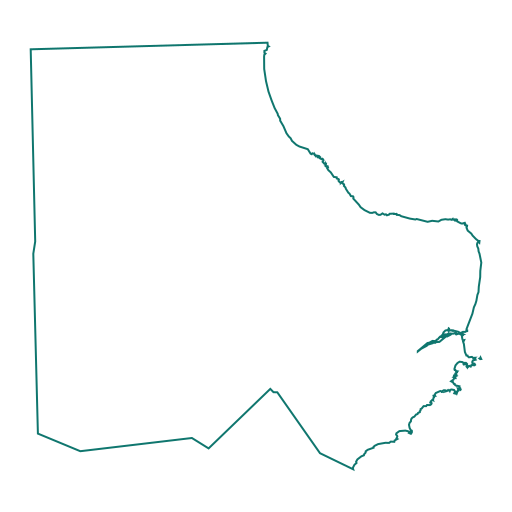 the district of Deseado, Santa Cruz, Argentina
{"feature_id": "61730980B75519794586759", "entity_name": "Deseado", "entity_type": "district", "adm_level": 2, "iso_a3": "ARG", "parent_name": "Argentina", "parent_adm1": "Santa Cruz", "projection": "albers", "projection_center": [-66.461, -47.291], "detail": "fine", "context": "isolated", "style": "outline", "palette": "teal", "viewbox_px": 512, "rotation_deg": 0, "n_neighbors": 0, "source": "geoboundaries", "source_scale": "gbopen_adm2", "svg_char_len": 6100}
<svg xmlns="http://www.w3.org/2000/svg" viewBox="0 0 512 512"><path d="M30.7,49.3L35.2,241.5L33.3,253.7L37.9,433.6L80.3,451.2L191.9,438.0L208.6,448.4L270.3,388.9L273.5,392.2L277.3,392.3L320.0,453.2L353.2,469.3L352.8,467.9L354.5,464.7L356.5,463.0L356.1,461.7L357.4,459.4L361.4,456.3L363.9,455.3L364.1,454.3L365.6,452.6L365.7,451.3L367.7,449.8L373.6,447.7L373.5,446.9L374.7,445.8L378.1,444.1L385.4,442.8L389.1,442.9L390.8,441.6L394.3,441.8L394.6,440.5L397.3,439.0L396.4,438.5L397.3,436.7L397.2,435.9L396.1,434.6L396.4,433.3L399.4,431.1L405.3,430.6L408.0,431.2L409.2,432.6L410.2,431.5L410.6,432.1L411.2,431.8L410.9,433.3L410.2,433.5L410.9,433.8L411.8,432.5L411.9,431.5L411.6,431.0L410.9,431.3L411.5,430.5L410.7,430.1L409.6,427.9L409.0,424.8L409.6,422.8L410.9,421.4L411.0,420.0L411.5,418.6L412.7,417.4L414.3,416.7L416.1,414.5L417.5,414.1L418.1,412.9L419.8,412.2L419.8,411.2L420.5,410.5L420.6,409.1L421.7,408.5L423.6,406.1L426.2,406.1L427.0,405.0L429.9,405.1L431.2,404.3L431.6,403.4L431.4,402.7L430.4,402.5L430.8,401.8L430.7,401.4L432.5,399.9L432.9,400.1L432.7,399.6L433.2,399.4L433.6,397.5L434.0,397.3L433.6,395.9L435.2,395.9L434.6,394.8L435.8,393.0L440.3,391.0L442.0,391.6L441.9,392.4L442.0,392.7L442.1,391.8L442.7,391.7L442.6,390.9L443.9,390.2L445.7,390.4L446.0,390.9L445.6,391.4L447.0,391.0L448.1,390.0L448.6,390.5L449.4,390.3L449.8,391.0L450.3,389.8L451.6,389.5L454.1,390.0L455.1,391.8L454.8,392.3L454.0,392.0L454.7,392.6L454.3,393.3L455.4,393.6L455.3,392.9L455.7,392.8L455.2,392.4L455.5,391.6L456.6,392.1L457.1,391.6L457.2,392.2L457.6,391.1L459.0,390.4L458.0,390.4L458.3,390.0L458.0,389.0L459.4,390.1L458.9,389.5L459.3,388.6L459.7,389.6L460.3,390.0L460.6,389.7L459.3,388.3L460.0,388.0L459.3,387.3L459.5,386.3L455.5,385.4L454.7,384.5L454.7,384.0L453.8,383.8L452.5,381.2L452.0,381.8L451.1,381.3L453.5,379.6L454.2,378.1L455.5,378.1L455.3,377.4L454.4,377.2L454.8,377.0L454.7,376.6L453.8,376.2L454.1,375.3L454.7,375.1L454.8,375.7L455.8,375.5L456.1,376.0L456.5,375.8L456.2,375.6L456.4,374.9L455.3,374.3L455.3,373.6L456.2,373.3L456.2,372.6L457.0,372.3L456.9,371.8L457.4,371.3L455.9,371.0L455.4,370.0L454.7,370.0L454.4,369.0L455.5,365.4L457.5,363.0L459.6,361.7L462.5,362.1L463.4,362.8L463.6,363.6L462.9,364.1L463.4,364.0L463.7,364.5L464.3,364.4L463.7,364.1L464.2,362.9L466.0,362.9L467.1,364.0L466.5,366.5L467.0,367.1L467.1,366.3L467.5,366.2L467.7,367.3L469.2,365.9L470.7,366.6L471.4,365.1L474.5,365.3L475.1,364.8L474.5,363.7L472.9,364.1L472.3,362.8L472.6,362.3L472.3,361.8L472.9,360.4L475.3,359.8L475.0,359.5L475.5,359.3L475.4,358.9L474.1,358.4L474.8,357.8L473.1,357.9L471.9,356.9L468.9,357.3L467.8,356.3L467.5,355.5L466.4,355.5L464.9,352.0L463.9,344.1L463.0,341.4L463.2,340.5L464.0,340.6L464.2,340.1L463.2,340.3L462.6,339.8L462.4,339.0L463.0,338.8L462.4,338.8L461.9,336.7L462.0,336.0L462.5,335.6L460.5,334.4L460.9,333.9L461.6,334.4L463.3,334.2L462.5,333.7L461.7,334.1L460.8,333.7L459.2,333.6L456.1,334.4L454.6,333.1L453.3,333.7L451.7,333.7L450.6,334.7L447.1,336.5L446.2,336.3L439.4,341.9L436.3,342.1L435.0,342.9L433.9,342.4L432.8,343.2L428.0,344.6L426.6,345.9L421.3,348.7L417.8,351.5L417.8,351.1L427.5,343.0L429.3,342.7L432.5,340.9L435.5,341.1L436.8,339.6L437.5,339.6L440.0,336.7L441.4,336.0L442.9,334.2L443.5,332.4L445.4,330.5L447.3,330.1L448.2,330.7L449.0,330.5L448.5,329.0L448.7,328.4L449.1,328.7L449.1,330.8L450.9,330.2L452.3,330.3L452.1,330.7L453.1,331.0L453.9,330.7L458.3,331.8L460.4,333.1L462.9,331.9L465.3,331.9L466.7,330.6L466.9,330.6L466.8,331.2L467.2,331.1L467.2,330.3L466.5,330.1L466.5,329.1L472.4,313.7L473.9,307.3L475.4,304.0L476.4,300.7L477.4,294.9L478.5,292.1L478.8,286.6L480.2,277.1L480.3,270.9L481.3,262.6L479.5,253.7L478.6,251.4L478.3,248.6L477.3,246.4L477.0,244.4L477.3,243.1L478.0,242.1L478.6,242.0L479.3,242.7L479.5,241.0L478.3,240.9L475.9,239.0L472.6,235.6L471.3,233.6L467.7,230.6L466.5,227.7L466.5,226.3L467.0,226.3L467.1,225.6L465.1,225.1L464.5,223.8L465.2,223.7L464.8,222.8L462.1,223.6L460.8,223.3L457.2,221.4L457.1,220.3L456.6,220.4L457.0,219.9L456.6,219.4L455.9,219.4L456.1,220.0L455.3,220.3L454.4,220.1L454.1,219.4L452.9,219.6L452.7,218.9L451.4,219.8L450.2,219.3L448.1,219.6L445.4,219.2L441.4,219.8L438.4,221.5L432.2,220.8L427.6,221.8L416.6,219.0L415.4,219.5L409.9,218.6L401.2,216.2L399.6,215.1L397.3,214.9L396.8,214.2L396.5,214.6L395.9,214.0L393.9,214.0L393.8,213.6L389.6,213.8L389.1,214.6L386.9,215.3L385.9,214.3L384.6,214.7L382.5,213.4L380.5,214.8L378.8,214.9L376.9,214.0L375.6,212.3L373.9,212.3L372.3,212.9L369.9,212.8L364.5,210.1L360.6,207.2L358.9,204.7L353.3,198.6L353.5,197.1L353.0,196.3L350.9,196.1L349.4,193.5L348.4,192.8L345.8,188.7L345.5,187.5L343.9,185.9L344.2,185.0L344.0,184.3L343.1,183.9L342.3,182.6L342.5,182.1L341.9,182.5L342.2,181.9L341.4,182.0L340.7,182.8L339.9,182.5L338.5,180.8L338.9,179.7L338.6,179.1L336.8,178.5L336.7,177.3L333.8,176.9L330.8,172.4L328.3,170.1L327.1,168.1L327.5,167.3L327.1,167.0L327.9,167.1L327.6,166.2L325.9,166.4L325.5,166.0L325.7,165.4L325.1,164.2L325.5,164.6L325.6,163.8L325.9,164.4L326.0,163.7L324.3,163.7L322.6,161.8L323.5,160.2L323.0,159.2L322.2,158.7L321.6,159.2L319.9,158.3L320.0,157.6L319.0,157.4L319.9,156.9L319.0,156.0L318.0,155.8L317.7,156.7L317.0,155.7L316.3,155.5L315.8,156.1L315.1,155.0L315.1,155.8L314.0,153.7L312.4,153.3L311.7,154.2L310.6,153.7L307.8,149.2L299.4,146.5L296.3,144.8L292.0,140.9L290.6,138.2L288.8,136.5L286.5,133.3L283.4,126.1L280.2,120.7L280.1,118.7L277.9,115.1L277.7,113.8L274.6,108.0L271.6,100.4L268.5,91.6L266.0,81.1L264.2,69.0L264.1,56.6L264.3,54.8L265.5,53.6L264.4,52.8L264.4,50.9L266.8,49.9L267.4,47.0L268.7,46.4L267.8,45.8L267.5,42.7L30.7,49.3ZM450.3,333.5L448.6,333.4L447.1,334.4L444.9,334.4L443.4,335.9L443.5,337.0L443.1,337.5L444.0,337.8L446.8,335.2L448.4,335.4L448.7,334.3L448.9,334.8L448.6,335.1L448.9,335.2L450.3,334.1L450.3,333.5ZM481.2,359.0L480.5,357.5L480.2,358.2L479.5,358.5L480.2,359.1L481.2,359.0ZM431.4,341.9L432.4,342.1L433.1,341.5L432.4,341.2L431.4,341.9ZM456.5,333.6L455.8,332.9L455.0,333.2L456.1,334.2L456.5,333.6ZM442.0,336.7L441.9,335.8L440.3,336.9L441.1,337.1L442.0,336.7ZM429.5,342.8L431.0,342.6L430.5,342.1L429.5,342.8Z" fill="none" stroke="#0f766e" stroke-width="2"/></svg>